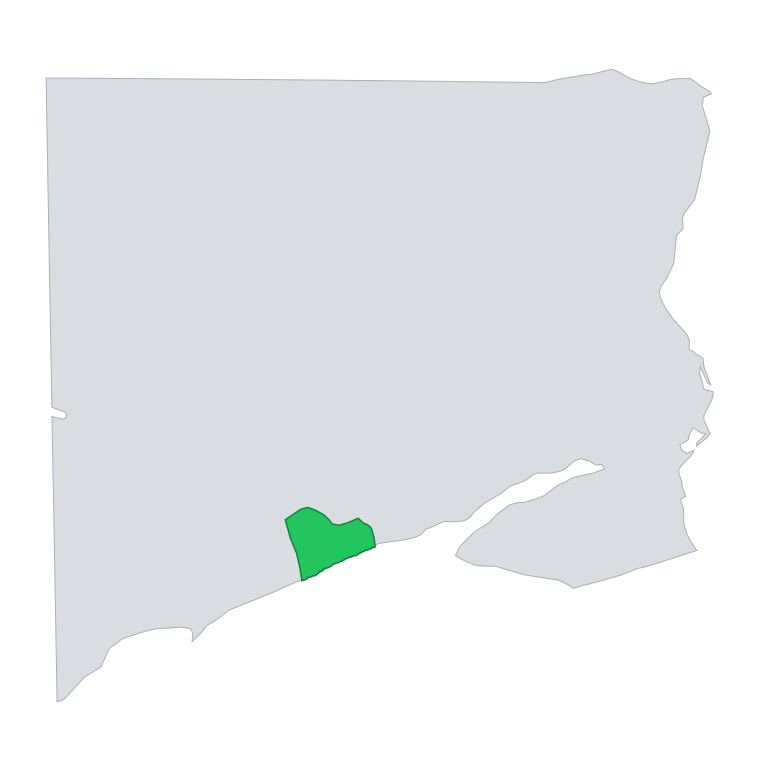 Qusir, Al Bahr al Ahmar, Egypt shown in context, rotated 89°
{"feature_id": "37247803B34734253794751", "entity_name": "Qusir", "entity_type": "district", "adm_level": 2, "iso_a3": "EGY", "parent_name": "Egypt", "parent_adm1": "Al Bahr al Ahmar", "projection": "equal_earth", "projection_center": [34.284, 25.954], "detail": "fine", "context": "in_parent", "style": "filled", "palette": "green", "viewbox_px": 768, "rotation_deg": 89, "n_neighbors": 0, "source": "geoboundaries", "source_scale": "gbopen_adm2", "svg_char_len": 6077}
<svg xmlns="http://www.w3.org/2000/svg" viewBox="0 0 768 768"><g transform="rotate(89 384 384)"><path d="M695.8,716.4L678.6,716.4L661.4,716.4L644.2,716.4L627.0,716.4L609.8,716.4L592.5,716.4L575.3,716.4L558.1,716.4L540.9,716.4L523.7,716.4L506.5,716.4L489.3,716.4L472.1,716.5L454.9,716.5L437.7,716.5L420.5,716.5L410.7,716.5L412.4,710.2L413.5,705.8L412.3,702.7L409.0,701.9L406.8,702.9L401.6,716.0L398.9,716.5L392.7,716.5L372.7,716.5L352.7,716.5L332.7,716.5L312.6,716.5L292.6,716.5L272.6,716.5L252.5,716.5L232.5,716.5L212.5,716.5L192.4,716.5L172.4,716.5L152.4,716.5L132.3,716.5L112.3,716.5L92.3,716.5L72.2,716.5L72.6,700.7L72.9,684.9L73.3,669.1L73.7,653.4L74.1,637.7L74.4,621.9L74.8,606.2L75.2,590.5L75.6,574.9L76.0,559.2L76.4,543.6L76.8,527.9L77.2,512.3L77.6,496.7L78.0,481.1L78.4,465.6L78.8,450.0L79.2,434.5L79.7,418.9L80.1,403.4L80.5,387.9L81.0,372.5L81.4,357.0L81.8,341.6L82.3,326.2L82.7,310.8L83.2,295.4L83.6,280.0L84.1,264.6L84.5,249.3L85.0,234.0L85.5,218.7L85.1,215.8L82.6,205.5L80.5,192.3L78.2,176.1L78.0,170.8L73.9,154.2L73.6,149.5L74.9,146.1L83.0,132.1L85.5,125.4L87.7,117.2L88.6,110.6L86.7,100.5L84.3,91.4L83.8,82.1L83.7,73.0L87.8,66.8L92.7,60.9L94.6,57.4L97.4,53.4L99.5,51.5L103.0,59.6L110.8,61.0L136.8,53.8L165.1,61.1L180.7,63.9L204.8,70.1L219.2,81.2L223.3,82.6L233.9,82.4L240.7,89.0L268.3,92.1L282.9,99.4L291.2,105.2L296.2,107.0L300.7,106.7L306.7,104.5L314.4,100.4L322.7,94.8L340.0,80.2L346.1,77.7L350.1,78.3L354.9,78.1L356.9,74.2L359.5,71.5L361.1,68.4L363.8,64.7L372.7,63.7L390.5,57.4L388.5,60.4L372.2,67.5L379.1,68.3L386.3,65.9L394.4,64.4L395.9,61.4L397.0,55.7L398.6,54.9L404.2,56.0L420.8,64.7L424.9,64.9L436.7,60.1L439.2,59.1L443.0,61.7L451.6,72.6L448.6,72.3L439.4,63.1L438.5,67.7L433.1,75.8L439.7,79.4L445.1,80.7L447.9,85.2L449.7,89.3L455.1,87.5L458.9,82.0L457.0,78.9L455.6,75.7L457.4,75.7L461.0,78.3L471.5,88.7L475.1,90.9L479.2,90.5L487.8,87.6L490.2,88.1L501.8,84.2L503.1,87.0L505.0,89.8L514.3,86.7L528.9,86.7L540.8,83.3L554.7,75.1L555.8,73.8L556.5,75.8L558.1,81.5L562.4,95.9L566.0,107.1L570.5,122.8L572.0,128.8L572.6,132.9L579.1,150.2L583.0,164.3L585.9,175.9L589.9,192.7L591.7,198.6L588.9,201.7L583.2,212.7L577.1,247.6L568.4,275.0L567.4,292.1L566.0,298.3L561.9,307.0L556.8,315.6L547.8,311.1L533.3,296.1L524.8,281.9L515.7,272.7L507.1,260.6L504.8,251.8L504.9,246.2L501.2,232.6L498.4,226.1L488.0,211.6L485.1,203.9L482.8,200.5L480.5,195.6L476.8,176.8L472.8,164.9L468.0,168.2L468.8,173.2L464.7,180.1L462.1,188.2L464.0,194.8L472.5,204.8L474.2,209.2L476.1,218.7L475.7,231.6L477.1,236.0L483.5,245.6L485.7,251.4L487.1,256.3L489.2,260.7L495.6,269.1L504.7,285.2L513.4,295.9L519.6,301.2L522.3,306.4L522.9,319.9L522.4,326.3L527.9,338.5L529.9,344.6L535.3,349.6L537.7,355.4L540.0,364.7L543.3,392.3L548.0,399.0L562.4,435.4L574.7,458.5L580.6,475.7L589.6,496.7L607.4,542.9L618.0,557.2L622.2,565.2L629.9,571.4L638.2,580.4L630.3,579.5L628.3,580.1L625.6,581.6L624.3,587.0L623.7,591.5L624.7,615.0L627.0,627.0L634.0,649.7L639.2,656.6L641.8,661.0L645.3,664.2L661.9,672.0L671.7,688.5L693.6,709.3L695.7,715.1L695.8,716.4Z" fill="#d9dde1" stroke="#a8b0b8" stroke-width="1"/><path d="M578.7,469.5L578.5,469.4L578.4,469.4L578.4,469.2L578.7,469.3L578.9,469.3L578.9,469.1L578.8,468.5L578.8,467.7L578.6,467.0L578.4,466.5L578.2,466.0L577.9,465.3L577.8,464.9L577.6,464.8L577.5,464.7L577.4,464.7L577.2,464.6L577.0,464.1L576.8,464.0L576.6,463.8L576.5,463.5L576.4,463.3L576.1,463.3L576.2,463.1L576.1,462.8L575.9,462.3L575.9,462.0L575.9,461.7L575.7,461.1L575.7,460.9L575.7,460.7L575.8,460.6L575.8,460.4L575.3,460.1L575.0,459.8L575.0,459.6L574.9,459.2L574.8,458.9L574.7,458.5L574.8,458.2L574.8,457.9L574.7,457.7L574.5,457.2L574.5,456.9L574.4,456.6L574.4,456.4L574.3,456.2L574.0,456.1L573.7,455.5L573.7,455.2L573.6,454.9L573.6,454.7L573.5,454.4L573.0,454.2L572.7,453.7L572.2,453.0L571.8,452.7L571.4,452.4L571.2,452.1L571.1,451.9L571.0,452.0L570.8,451.9L570.9,451.7L570.7,451.0L570.3,450.2L570.0,449.7L569.9,449.2L569.6,449.1L569.4,448.9L569.4,448.6L569.3,448.4L569.1,448.4L568.5,448.6L568.3,448.4L568.2,448.2L568.0,447.8L567.8,447.7L567.7,447.4L567.6,447.1L567.5,446.6L567.4,446.4L567.2,446.3L567.1,446.2L567.2,445.9L567.3,445.8L567.2,445.5L566.9,444.8L566.9,444.4L566.8,444.1L566.9,443.8L566.8,443.4L566.7,443.0L566.2,442.0L566.1,441.7L565.9,441.3L565.8,441.2L565.6,440.9L565.4,440.4L565.2,439.8L564.9,439.4L564.5,439.1L564.2,438.9L563.8,438.7L563.6,438.4L563.3,437.9L563.1,437.5L563.0,437.0L562.8,436.5L562.6,435.8L562.4,435.3L562.3,434.7L562.1,434.2L562.0,433.8L562.0,433.5L562.0,433.1L561.9,432.7L561.6,432.2L561.4,431.8L561.2,431.5L560.9,431.0L560.5,430.6L560.4,430.4L560.3,430.2L560.3,429.9L560.5,429.8L560.5,429.4L560.5,429.1L560.3,428.9L560.0,428.7L559.8,428.5L559.7,428.2L559.5,427.8L559.4,427.3L559.2,426.9L558.8,426.8L558.6,426.6L558.4,426.4L558.3,426.1L558.2,425.9L558.1,425.5L558.1,425.1L558.0,424.7L557.8,424.3L557.4,423.5L557.2,423.3L557.2,423.0L557.1,422.9L556.9,422.8L556.8,422.6L556.8,422.2L556.7,421.8L556.6,421.3L556.5,420.2L556.2,420.0L556.1,419.6L556.2,419.4L556.1,419.0L555.8,418.5L555.5,418.1L555.3,417.9L555.2,417.6L555.2,417.3L555.2,416.9L555.3,416.3L555.3,415.9L555.2,415.5L555.0,415.0L554.8,414.4L554.7,414.1L554.5,413.8L554.3,413.5L554.2,413.4L553.9,413.3L553.7,413.1L553.6,412.8L553.4,412.4L553.1,412.0L553.0,411.7L552.7,411.4L552.6,411.2L552.4,410.7L552.3,410.3L552.1,410.2L552.2,409.7L551.9,409.6L551.7,409.6L551.6,409.4L551.6,409.2L551.3,408.8L551.1,408.1L551.0,407.9L550.9,407.5L550.7,406.9L550.5,406.4L550.3,406.3L550.2,406.2L550.0,405.3L549.8,404.7L549.8,404.1L549.7,403.6L549.6,403.1L549.4,402.7L549.3,402.3L549.3,401.9L549.2,401.4L548.9,400.8L548.6,400.3L548.4,400.2L548.5,399.9L548.4,399.7L548.1,399.4L547.9,399.1L547.7,399.0L547.6,398.8L547.5,398.3L547.4,397.9L547.3,397.3L547.2,397.2L547.2,396.9L547.0,396.6L546.7,395.9L546.7,395.6L538.0,396.6L530.4,398.4L527.0,399.8L524.2,403.4L522.9,406.7L517.8,412.2L518.0,412.7L522.0,422.4L524.4,431.2L524.5,431.5L524.4,431.8L523.0,438.2L518.8,441.3L513.9,446.3L508.8,455.1L506.1,462.4L507.8,469.4L518.0,485.1L537.4,480.0L551.5,474.4L564.1,471.7L578.7,469.5Z" fill="#22c55e" stroke="#15803d" stroke-width="1.5"/></g></svg>